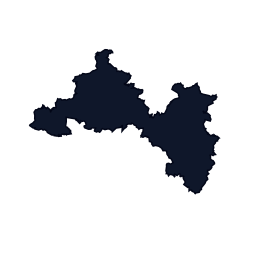 the district of Mixtlán, Jalisco, Mexico, rotated 164°
{"feature_id": "50627088B12343009678657", "entity_name": "Mixtlán", "entity_type": "district", "adm_level": 2, "iso_a3": "MEX", "parent_name": "Mexico", "parent_adm1": "Jalisco", "projection": "albers", "projection_center": [-104.454, 20.522], "detail": "fine", "context": "isolated", "style": "filled", "palette": "ink", "viewbox_px": 256, "rotation_deg": 164, "n_neighbors": 0, "source": "geoboundaries", "source_scale": "gbopen_adm2", "svg_char_len": 5865}
<svg xmlns="http://www.w3.org/2000/svg" viewBox="0 0 256 256"><g transform="rotate(164 128 128)"><path d="M200.4,140.7L198.2,139.7L197.4,140.1L197.1,139.1L196.0,138.9L195.9,139.7L197.0,140.1L196.4,140.8L195.3,140.1L195.5,138.9L194.5,138.6L194.5,139.3L193.0,140.4L191.3,139.3L190.9,139.8L190.1,139.2L189.4,139.3L189.1,138.6L188.7,139.1L188.3,138.6L184.2,138.1L184.3,139.1L185.0,139.6L184.8,140.5L184.1,140.5L183.9,141.5L185.0,142.4L184.9,143.3L185.9,144.3L185.9,145.2L187.3,146.2L187.4,147.2L185.6,151.1L184.5,155.3L175.1,150.9L175.0,150.1L175.8,150.1L175.6,149.5L173.7,149.0L174.3,148.1L173.3,147.9L173.8,146.9L173.2,145.8L171.8,146.6L171.3,147.9L170.1,147.0L168.4,147.0L167.2,145.2L167.4,144.3L167.0,143.1L168.5,141.9L169.4,142.1L169.8,141.4L169.6,140.2L166.5,137.8L164.6,137.3L164.9,137.9L164.3,137.4L162.5,138.1L159.2,136.8L160.9,134.9L161.0,134.2L159.3,132.8L157.7,133.1L156.5,131.8L155.6,132.1L152.8,134.5L150.6,132.8L147.8,132.7L146.1,132.1L144.0,129.6L144.1,128.8L139.4,131.2L134.7,130.6L133.5,131.9L132.7,131.9L134.6,126.6L132.1,128.3L129.6,129.2L128.6,130.1L128.9,131.0L128.5,131.6L126.4,131.8L123.9,130.9L123.1,131.6L121.7,130.5L121.2,129.1L119.5,128.2L119.7,126.5L118.1,124.9L117.9,123.8L116.3,124.3L113.4,123.6L114.6,120.3L115.7,119.5L116.6,117.6L117.6,117.3L117.9,115.9L117.0,116.1L116.7,115.3L115.8,115.0L113.8,115.6L113.7,115.1L112.1,114.7L112.1,113.8L111.3,113.9L110.5,112.6L111.1,109.1L110.1,108.7L108.9,107.0L109.6,106.2L108.8,103.7L106.2,103.6L103.3,101.9L101.2,99.3L100.6,96.5L98.4,96.0L97.3,94.9L97.7,91.9L96.7,89.1L96.9,88.1L94.9,86.4L94.2,82.2L97.2,81.5L98.5,82.8L100.3,83.0L101.3,81.8L101.2,81.2L103.3,76.4L103.2,74.4L103.8,73.6L102.4,73.1L102.2,70.9L100.7,71.9L99.1,71.3L97.3,70.0L96.8,68.4L96.3,68.6L96.2,70.2L95.8,70.7L93.9,68.8L91.5,70.0L90.7,69.3L91.3,67.2L90.6,66.7L89.4,67.1L88.4,66.3L87.3,66.5L88.5,65.6L88.7,63.9L87.7,60.2L89.9,58.3L87.0,54.5L86.4,54.8L85.6,54.3L86.6,50.8L85.5,51.3L84.0,50.7L83.9,49.6L81.4,47.5L81.7,46.7L81.4,46.4L80.6,46.9L77.3,46.6L75.6,48.5L74.4,48.6L73.9,50.4L69.3,53.6L67.7,55.6L65.6,56.6L65.4,58.1L65.9,59.9L65.6,60.6L63.0,61.8L63.6,62.8L63.2,65.4L61.4,65.1L59.5,66.0L58.3,67.1L58.2,68.3L54.7,69.8L54.5,71.0L55.2,73.1L56.7,74.3L57.2,75.6L56.4,78.5L56.6,79.2L55.4,79.5L53.8,78.1L53.0,78.6L51.2,78.4L52.1,80.5L53.2,81.0L51.8,82.4L52.4,83.4L51.0,85.5L50.8,87.8L48.0,89.7L47.7,90.9L46.2,91.4L46.1,90.9L45.5,91.0L45.6,91.6L44.2,92.5L44.1,93.1L43.1,93.2L44.5,95.4L45.8,95.7L45.9,96.4L46.8,96.4L46.9,97.3L47.7,96.8L48.5,97.1L48.1,98.1L50.8,97.7L51.4,99.0L52.3,99.6L52.2,100.1L52.7,100.1L52.4,100.7L53.1,100.7L52.9,101.6L53.5,102.0L53.4,102.6L54.4,104.7L53.3,105.8L54.9,107.4L54.5,108.2L54.6,110.7L54.0,111.9L52.2,113.3L51.6,114.8L47.0,112.0L45.9,113.6L46.2,116.1L45.6,117.2L46.4,118.7L47.7,120.6L50.9,121.4L51.2,123.9L50.8,122.5L49.9,122.0L47.9,122.3L46.6,123.9L45.8,126.7L45.1,127.5L39.4,128.5L39.6,130.0L38.9,130.8L35.5,131.6L34.7,133.3L34.2,133.4L34.7,134.0L34.3,135.5L35.8,135.2L37.8,136.1L38.8,135.2L39.8,135.4L41.0,136.7L46.8,139.9L48.8,141.6L48.5,143.2L49.1,145.8L48.5,147.0L48.7,148.4L49.8,149.7L49.3,151.9L50.9,151.6L52.6,150.4L53.9,150.7L55.2,149.9L58.8,149.8L60.3,150.4L61.0,149.7L62.9,150.3L63.7,151.6L63.9,152.5L63.3,153.8L64.6,154.7L65.1,156.6L65.8,156.2L67.8,157.0L69.9,156.7L70.5,157.2L73.3,155.6L75.1,153.0L70.7,148.3L70.0,146.7L70.4,145.4L70.1,143.7L71.2,142.8L74.9,143.0L76.8,142.5L78.6,141.7L78.8,141.2L79.5,141.4L79.7,140.5L80.7,140.4L80.6,139.7L82.7,138.9L82.5,138.1L83.1,137.8L83.7,138.3L84.3,137.9L85.3,135.6L88.6,132.0L90.2,131.8L91.5,132.9L91.8,132.3L94.1,131.8L94.0,134.0L95.2,135.3L95.6,134.2L96.3,134.0L96.9,133.1L98.8,133.5L100.6,130.9L101.8,131.3L101.7,132.1L103.9,132.4L103.7,133.0L101.5,133.7L101.0,134.6L101.9,134.7L102.9,134.1L103.8,134.4L105.0,136.5L104.4,138.3L102.6,140.9L103.6,142.9L104.4,143.3L106.3,147.4L104.8,149.9L106.7,150.1L106.5,150.8L107.4,151.0L108.5,152.7L110.7,153.8L109.2,156.7L108.3,157.4L106.5,157.3L104.4,158.1L103.4,160.3L103.9,161.0L105.2,161.0L106.3,161.9L107.1,161.8L107.5,162.7L108.1,162.4L110.3,164.6L112.9,165.2L111.3,165.8L111.7,166.6L110.8,167.1L110.1,168.9L112.5,169.5L112.8,170.1L114.5,169.3L115.1,169.7L115.0,168.9L116.1,168.3L116.8,169.1L116.4,169.6L116.8,170.1L118.1,169.9L118.6,170.8L119.3,170.9L119.2,171.7L117.8,171.5L112.1,175.3L112.2,175.8L110.8,177.4L111.7,178.6L112.1,180.4L113.8,179.7L113.9,180.9L115.9,181.8L118.7,184.9L119.6,184.3L120.7,184.7L121.0,185.3L122.9,185.5L122.7,188.2L123.3,188.5L123.2,189.1L124.8,189.7L127.7,194.7L129.3,195.1L128.9,197.4L127.5,199.1L128.2,200.6L129.2,201.5L127.4,202.4L126.7,204.3L126.0,204.7L124.4,204.5L123.7,205.1L122.0,204.6L121.9,205.3L122.7,207.3L124.4,207.9L125.3,207.6L126.4,208.9L128.5,209.6L132.0,208.6L132.5,208.0L135.6,208.6L136.2,209.2L138.3,208.1L136.3,206.9L136.2,206.2L138.6,206.6L139.8,205.5L140.1,203.2L139.5,201.5L139.8,199.1L141.8,196.3L140.9,194.0L141.5,193.2L143.8,192.5L146.0,192.6L149.7,191.1L153.6,191.5L156.5,192.8L158.3,191.6L159.8,192.2L160.9,191.4L164.7,191.8L165.6,190.1L168.0,188.7L167.6,187.6L164.6,186.5L165.9,185.5L166.0,185.0L165.1,184.9L165.7,183.9L165.8,182.1L168.6,178.7L169.0,177.3L167.9,175.4L169.4,175.4L169.3,174.7L170.8,174.7L171.4,172.9L173.0,171.4L175.2,171.4L176.3,172.2L179.7,171.7L180.6,172.6L184.0,173.1L184.6,174.4L185.3,174.8L186.3,174.5L187.5,175.5L189.5,172.6L190.8,172.2L191.5,167.5L194.1,168.1L195.9,167.3L195.3,166.8L195.9,166.8L197.7,164.9L198.0,164.9L197.8,166.8L199.7,170.0L201.3,169.1L201.6,170.4L202.4,170.7L202.7,172.8L203.6,173.5L204.3,171.6L204.1,170.5L206.0,170.4L205.6,171.3L206.7,170.6L208.6,171.4L210.2,170.6L211.8,170.9L213.9,169.1L214.1,165.7L215.2,162.4L214.9,161.0L218.1,159.0L221.2,158.2L221.8,157.4L219.3,154.3L217.4,153.9L218.1,153.2L217.8,152.8L214.3,150.7L211.5,151.1L210.2,149.4L208.7,149.6L206.9,147.6L206.7,145.9L203.2,142.3L200.5,141.4L200.0,140.9L200.4,140.7Z" fill="#0f172a" stroke="#020617" stroke-width="1.5"/></g></svg>